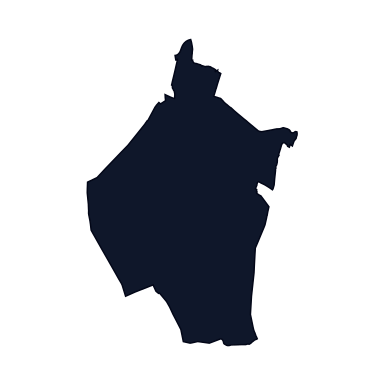 outline of Epe, Gelderland, Netherlands, rotated 286°
{"feature_id": "6326949B68676611805057", "entity_name": "Epe", "entity_type": "district", "adm_level": 2, "iso_a3": "NLD", "parent_name": "Netherlands", "parent_adm1": "Gelderland", "projection": "equal_earth", "projection_center": [5.999, 52.327], "detail": "fine", "context": "isolated", "style": "filled", "palette": "ink", "viewbox_px": 384, "rotation_deg": 286, "n_neighbors": 0, "source": "geoboundaries", "source_scale": "gbopen_adm2", "svg_char_len": 5611}
<svg xmlns="http://www.w3.org/2000/svg" viewBox="0 0 384 384"><g transform="rotate(286 192 192)"><path d="M270.9,276.8L271.9,277.2L272.3,277.3L273.0,277.3L274.0,277.1L274.8,277.3L275.3,277.3L276.5,277.1L277.0,277.0L278.2,276.5L278.7,276.3L278.7,276.1L278.7,275.4L278.5,274.6L278.4,274.5L278.2,274.3L277.8,274.1L277.6,273.9L276.9,273.2L276.7,272.8L276.6,272.6L276.5,272.3L276.5,271.9L276.6,271.1L276.7,270.8L276.9,270.2L277.0,270.0L277.3,269.7L278.0,269.3L278.1,269.1L278.5,268.4L278.6,268.2L278.7,267.6L278.7,267.3L278.8,267.1L279.0,266.7L279.0,265.0L279.0,262.2L278.9,262.0L278.8,261.7L278.0,260.6L277.2,259.4L276.8,258.5L276.1,256.4L275.8,255.5L275.4,255.0L275.0,254.0L274.5,253.1L273.5,251.2L272.9,249.9L272.5,249.2L269.3,242.7L269.2,242.3L269.1,241.9L268.9,240.4L268.9,240.0L269.0,239.0L269.1,238.5L269.5,237.8L270.1,236.4L273.3,229.1L274.5,226.4L275.1,225.2L275.3,224.8L276.6,221.6L278.3,217.8L279.6,214.8L280.6,212.6L281.7,210.2L283.5,206.7L283.8,206.0L283.9,205.3L284.1,204.7L284.6,203.6L285.7,201.3L286.0,200.4L286.9,198.5L287.6,197.3L287.8,197.2L288.0,196.8L287.9,196.9L289.4,194.5L289.7,193.8L289.8,193.6L289.8,191.2L289.9,190.2L289.9,187.7L289.9,187.2L290.0,186.5L294.1,186.6L295.7,186.6L296.4,186.6L297.8,186.6L298.0,186.7L302.0,186.7L303.0,186.7L313.8,187.0L314.1,186.0L314.2,185.6L314.1,185.3L314.1,185.2L314.2,184.8L314.3,184.5L314.7,184.0L315.2,183.5L315.8,183.0L316.1,183.0L316.0,182.9L315.8,182.6L314.6,181.9L314.3,181.7L314.2,181.3L314.2,181.2L314.6,181.1L315.9,181.0L316.0,180.9L316.1,180.6L316.3,179.8L316.5,179.3L316.6,178.6L316.8,178.0L316.7,177.7L317.4,175.3L317.1,175.2L317.4,173.7L317.4,173.4L317.3,173.1L317.1,172.5L316.8,171.6L316.5,170.7L316.1,170.6L316.0,170.1L316.1,169.5L316.2,168.8L316.2,168.5L316.2,167.8L316.2,167.4L316.2,166.9L315.7,166.7L316.3,165.8L316.6,165.3L316.6,165.1L316.6,163.1L316.6,162.7L316.6,162.4L316.6,161.8L316.7,161.5L316.7,161.0L316.5,159.7L316.6,158.0L317.1,157.5L317.8,156.8L318.0,156.6L318.2,156.4L318.9,156.3L318.8,155.3L324.7,154.0L324.8,154.1L325.7,153.9L326.4,153.7L329.4,153.2L332.0,152.1L335.8,150.2L338.2,148.7L337.8,148.0L337.5,147.5L336.9,146.6L336.6,146.3L335.9,145.6L335.5,145.1L334.8,144.6L334.0,144.1L333.4,143.7L332.5,143.3L331.7,143.0L330.8,142.7L330.0,142.5L327.9,142.2L324.7,142.0L323.8,141.9L322.6,141.6L322.1,141.4L321.2,141.0L320.5,140.6L320.0,140.2L319.7,139.9L319.1,139.1L318.8,138.6L318.6,138.1L314.5,140.0L314.7,140.4L315.0,140.9L315.2,141.1L314.9,141.1L315.2,141.6L314.4,141.8L313.6,141.7L309.6,141.9L307.8,142.0L307.5,142.0L306.1,142.1L302.3,142.3L300.2,142.4L298.0,142.5L292.8,142.7L290.0,142.9L289.8,142.9L289.3,142.9L289.2,142.9L289.1,143.2L288.8,143.6L288.8,143.8L288.7,143.9L287.2,144.3L286.8,144.5L286.5,144.6L286.0,145.2L284.5,146.5L284.3,146.7L284.1,147.1L283.9,147.3L283.6,147.5L283.1,147.6L282.2,148.1L281.5,148.4L280.9,148.6L280.4,148.8L279.6,148.9L279.1,149.0L278.6,149.2L277.1,149.4L277.0,147.5L277.1,146.8L277.4,144.2L277.6,143.2L277.9,141.0L278.2,139.3L275.9,140.1L275.2,140.3L274.8,140.5L273.8,140.9L272.5,141.4L269.4,138.7L268.0,137.5L268.9,135.5L265.4,133.8L264.6,133.6L263.4,133.1L249.0,130.0L247.9,129.3L247.9,129.2L246.0,128.6L245.9,128.5L245.4,128.3L244.9,128.2L244.3,128.0L244.0,127.9L238.0,125.4L233.2,123.4L220.3,118.0L219.1,117.5L211.5,113.4L190.7,102.4L179.7,96.8L179.6,96.7L172.7,88.9L166.2,90.5L162.8,91.4L161.9,91.7L153.1,95.2L151.6,95.8L150.0,96.3L148.2,96.9L146.7,97.4L145.9,97.7L142.9,98.5L141.4,99.2L136.1,101.9L133.0,103.3L127.9,105.4L127.5,105.6L126.2,106.9L125.8,107.3L124.3,108.8L119.0,114.2L118.3,114.9L111.4,121.9L104.4,129.1L95.4,138.3L88.0,145.8L84.7,149.3L83.7,150.2L83.2,150.6L73.5,156.9L80.3,165.0L89.9,177.5L92.0,180.3L90.8,181.2L87.4,184.1L86.8,184.6L86.6,184.9L85.1,188.3L85.2,188.2L85.7,188.6L85.8,188.6L85.8,188.8L82.8,193.2L79.7,197.7L76.1,201.4L75.1,202.4L70.7,206.2L69.3,207.4L64.9,211.6L56.8,219.2L45.8,224.9L46.2,231.8L47.0,233.5L49.8,238.6L50.2,241.1L51.3,248.9L51.5,250.3L58.8,260.1L58.7,261.3L58.1,262.3L57.8,262.6L57.6,262.9L57.4,263.0L56.7,263.4L56.3,263.7L55.5,264.1L55.1,264.5L54.8,265.0L54.7,265.3L54.6,266.0L54.2,267.3L54.2,268.4L54.3,269.0L54.8,270.3L55.5,271.3L55.8,271.8L57.3,276.6L58.9,281.4L59.5,283.5L60.2,285.8L61.2,287.3L61.5,289.0L62.8,290.2L64.1,290.9L64.9,291.5L65.7,292.1L66.9,292.9L67.6,293.7L68.3,294.7L68.9,295.2L69.4,294.8L70.0,294.3L70.5,293.9L71.4,293.0L72.8,292.1L73.4,291.6L73.8,291.4L74.3,290.9L75.2,290.2L76.3,289.4L78.4,288.2L90.4,281.9L108.2,277.9L131.3,273.9L139.3,272.0L149.3,269.7L155.6,268.3L162.1,269.1L173.2,270.4L177.4,270.9L180.6,271.2L187.6,270.8L189.3,270.6L190.0,270.7L193.7,270.3L199.0,270.0L202.1,266.0L207.3,259.2L207.4,258.9L207.3,258.7L207.3,258.4L208.2,255.6L208.5,254.6L209.7,254.5L209.5,254.1L212.2,253.5L212.6,252.0L213.2,252.1L215.1,252.3L216.1,252.5L216.5,252.4L217.4,252.3L218.1,252.3L219.1,252.2L220.1,253.0L220.3,253.1L220.3,253.6L220.2,254.0L220.0,254.7L219.7,255.7L219.2,258.8L218.9,260.3L217.6,264.9L216.3,268.7L217.4,269.0L221.4,269.0L228.0,267.7L235.5,266.4L237.1,265.9L237.6,266.1L238.0,266.1L238.5,265.9L239.1,265.6L239.5,265.6L239.9,265.5L240.9,265.8L241.7,265.9L242.2,265.8L243.8,265.8L244.5,265.6L245.4,265.5L246.9,265.0L247.7,264.8L248.9,264.9L251.4,265.5L251.6,265.2L251.8,265.0L251.9,264.9L254.7,265.0L257.9,265.1L258.1,265.1L261.3,265.1L261.6,265.1L262.1,264.8L262.3,264.8L262.6,264.9L262.7,265.0L263.0,265.2L262.9,265.3L263.9,265.5L265.0,267.1L264.0,269.3L263.5,270.1L263.6,270.5L263.5,270.8L263.4,270.8L263.2,270.9L262.3,271.3L261.9,273.2L264.8,273.3L264.2,274.9L263.9,275.8L264.7,275.8L268.7,276.0L270.2,276.4L271.0,276.7L270.9,276.8Z" fill="#0f172a" stroke="#020617" stroke-width="1.5"/></g></svg>